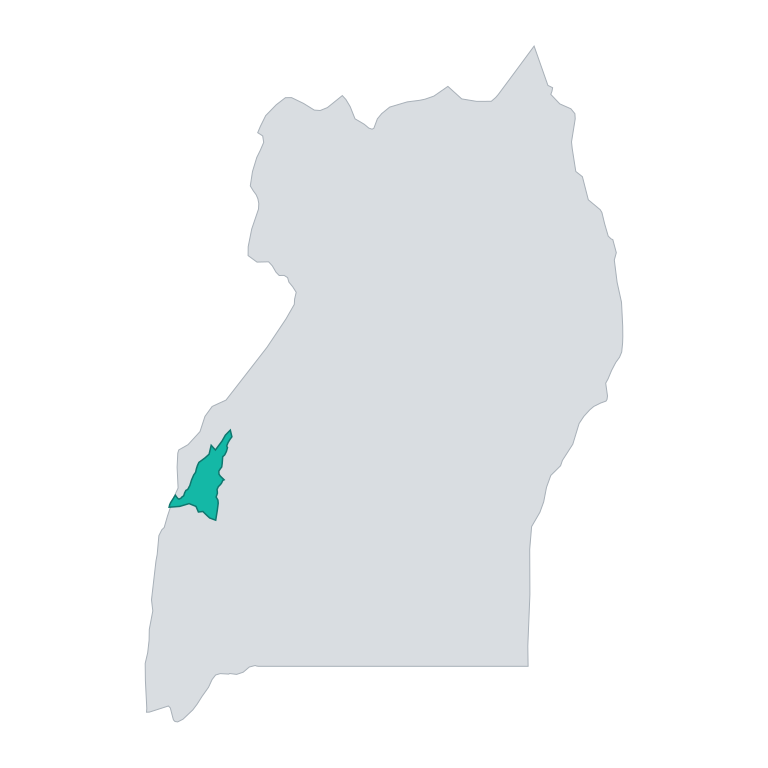 Kabarole on a map of Uganda (Equal Earth projection)
{"feature_id": "UGA-3106", "entity_name": "Kabarole", "entity_type": "District", "adm_level": 1, "iso_a3": "UGA", "parent_name": "Uganda", "parent_adm1": "", "projection": "equal_earth", "projection_center": [30.23, 0.607], "detail": "fine", "context": "in_parent", "style": "filled", "palette": "teal", "viewbox_px": 768, "rotation_deg": 0, "n_neighbors": 0, "source": "natural_earth", "source_scale": "10m", "svg_char_len": 3154}
<svg xmlns="http://www.w3.org/2000/svg" viewBox="0 0 768 768"><path d="M528.1,666.3L518.4,666.3L502.8,666.3L487.1,666.3L471.4,666.3L455.7,666.3L440.0,666.3L424.4,666.3L408.7,666.3L393.0,666.3L377.3,666.3L361.7,666.3L346.0,666.3L330.3,666.3L314.6,666.3L299.0,666.3L283.3,666.3L267.6,666.3L258.3,666.3L256.5,666.0L255.2,665.5L249.3,667.0L243.2,672.2L236.6,674.4L229.7,673.5L228.8,674.1L225.3,673.9L220.2,673.6L215.6,675.0L212.1,679.5L208.5,687.3L202.1,696.3L197.1,704.2L192.8,709.9L183.0,719.2L177.7,721.9L175.0,721.5L173.4,719.8L170.3,707.9L168.4,706.0L149.4,712.1L146.5,712.2L146.8,708.5L145.4,680.5L145.2,663.4L147.7,652.7L149.1,640.3L149.3,629.4L152.8,610.9L151.5,599.8L156.0,560.8L157.2,554.4L158.9,535.6L161.8,529.8L164.2,527.5L167.5,516.0L173.7,497.5L178.1,488.0L177.1,467.2L177.8,453.1L178.8,449.9L188.0,444.7L200.0,431.6L205.0,416.3L212.2,406.4L226.0,400.1L267.0,347.3L286.0,318.9L294.3,304.4L294.6,299.2L296.2,292.3L292.8,286.9L288.9,282.1L287.6,277.6L284.1,275.4L279.2,275.5L276.0,272.2L272.3,265.8L268.6,261.8L257.0,262.1L248.1,255.6L248.2,246.7L251.7,229.1L258.5,209.1L258.8,203.5L257.9,198.8L256.2,194.8L253.2,190.7L250.3,185.9L252.5,171.5L256.8,157.4L260.3,150.3L263.7,142.4L262.7,135.9L257.7,132.7L260.4,126.3L265.7,115.6L276.2,104.8L285.4,97.7L291.5,97.6L303.5,103.4L314.3,110.1L320.2,110.5L327.4,107.6L342.3,95.6L345.9,99.5L350.2,106.7L355.0,118.8L364.3,124.3L368.8,128.1L372.1,129.2L373.9,128.2L377.4,118.8L381.7,113.6L389.7,107.1L407.2,101.9L419.7,100.3L425.0,99.2L433.9,96.1L447.9,86.4L461.7,98.9L476.7,101.4L491.3,101.3L495.7,97.5L498.2,94.6L513.5,74.0L534.1,46.1L547.9,85.4L552.6,87.7L552.0,91.1L550.8,94.4L559.8,103.9L570.9,108.8L574.9,113.7L575.2,118.9L571.5,141.9L572.2,148.5L575.8,171.5L582.4,176.7L588.3,199.8L600.2,209.7L601.9,212.5L604.6,223.7L608.2,236.1L611.1,238.9L612.8,239.6L616.3,252.7L614.3,260.0L617.1,282.3L621.5,302.3L622.7,326.1L622.8,336.6L622.6,343.0L621.7,352.0L619.5,357.3L615.8,362.4L611.6,370.4L608.0,379.0L605.7,383.2L607.5,396.0L607.0,399.4L606.0,401.1L600.7,403.0L593.8,406.4L589.7,409.9L583.8,416.4L579.1,423.5L572.8,444.2L562.4,460.4L560.6,465.7L550.8,475.4L546.5,487.3L543.7,501.8L539.9,512.3L531.6,526.6L529.7,549.3L529.9,594.5L527.8,646.1L528.1,666.3Z" fill="#d9dde1" stroke="#a8b0b8" stroke-width="1"/><path d="M169.1,507.2L169.7,504.7L170.7,502.5L175.4,495.2L176.1,496.3L176.9,497.4L177.9,498.5L178.5,498.9L179.1,499.1L180.3,498.5L181.4,497.8L181.9,497.0L183.7,495.8L184.6,492.9L185.9,490.4L187.1,489.8L188.1,488.9L188.9,487.2L189.8,485.7L191.5,480.1L193.7,475.0L195.6,472.3L196.4,468.7L197.5,465.4L198.9,462.4L205.0,457.9L209.1,454.2L211.2,445.3L215.4,450.0L222.0,441.1L225.4,435.1L230.3,430.1L231.9,436.8L229.9,439.5L228.1,442.5L226.7,445.9L227.0,446.8L227.5,447.5L226.4,451.5L224.7,454.9L222.7,456.7L222.2,463.4L221.7,467.0L220.3,468.8L218.8,471.2L219.0,474.2L220.3,476.1L224.1,479.8L222.8,480.4L221.6,483.0L220.5,484.5L218.3,486.7L217.0,489.6L217.3,491.4L217.4,493.3L216.1,497.0L217.9,500.1L218.2,503.2L217.3,510.3L215.7,520.2L209.7,518.0L207.5,516.0L205.3,513.9L202.9,511.5L198.4,512.0L196.0,506.4L189.1,503.6L179.7,506.4L169.1,507.2Z" fill="#14b8a6" stroke="#0f766e" stroke-width="1.5"/></svg>